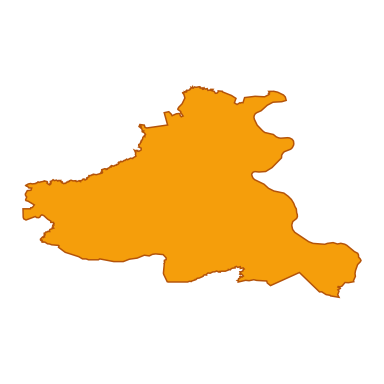 outline of Nīkrāces pag., Skrundas, Latvia
{"feature_id": "27541924B53930703162025", "entity_name": "Nīkrāces pag.", "entity_type": "district", "adm_level": 2, "iso_a3": "LVA", "parent_name": "Latvia", "parent_adm1": "Skrundas", "projection": "equal_earth", "projection_center": [21.891, 56.568], "detail": "fine", "context": "isolated", "style": "filled", "palette": "amber", "viewbox_px": 384, "rotation_deg": 0, "n_neighbors": 0, "source": "geoboundaries", "source_scale": "gbopen_adm2", "svg_char_len": 5920}
<svg xmlns="http://www.w3.org/2000/svg" viewBox="0 0 384 384"><path d="M28.2,184.0L25.7,185.4L26.3,186.1L27.6,186.4L28.8,187.9L31.7,188.1L30.9,190.3L27.3,190.6L25.3,194.1L25.6,195.6L26.7,197.0L25.6,199.9L26.0,200.6L28.1,201.2L34.3,204.9L32.4,207.5L30.7,207.8L30.5,208.8L23.0,208.8L23.2,217.2L23.7,218.8L26.0,220.0L35.3,216.5L36.5,217.5L38.6,217.7L39.7,217.2L40.7,215.6L41.9,214.8L43.9,215.7L47.7,219.2L50.8,221.1L50.8,222.4L54.1,222.4L53.2,222.8L54.0,223.5L53.6,224.2L53.9,224.9L53.0,225.0L52.7,225.5L53.1,226.5L52.3,227.2L53.6,228.1L49.9,229.5L49.4,230.5L49.7,231.5L47.7,231.4L47.0,232.0L45.9,232.0L45.7,232.8L44.2,233.2L44.2,234.3L45.0,234.7L44.6,235.7L44.0,235.9L44.4,236.9L43.4,236.9L43.3,237.4L42.5,237.0L40.4,239.2L40.8,240.0L41.9,240.2L41.7,240.5L42.2,241.0L41.6,241.0L42.1,241.4L42.1,242.1L44.9,242.1L47.5,243.8L49.6,244.0L51.7,244.8L58.4,245.4L59.0,245.9L58.5,247.3L65.2,252.3L78.8,256.7L82.5,258.9L86.1,258.9L88.6,259.8L98.4,259.8L99.7,258.9L113.9,261.6L123.2,261.6L129.4,259.2L137.2,258.1L144.3,255.2L149.3,255.9L152.5,254.3L155.7,253.9L163.1,254.6L166.1,257.8L166.2,259.6L164.4,260.3L164.3,261.4L164.8,262.0L164.0,263.7L164.3,263.9L163.4,273.2L163.7,274.4L167.2,281.7L168.3,282.0L187.7,282.0L189.3,281.3L191.4,281.5L191.8,281.0L195.4,279.8L195.3,279.5L196.2,279.4L197.2,278.3L199.3,278.0L202.5,276.6L203.3,276.1L203.4,275.5L204.6,274.8L206.4,275.0L206.2,274.5L208.0,273.0L210.2,273.2L212.8,271.9L214.9,271.8L216.6,271.0L218.9,272.1L219.6,272.0L219.6,271.6L220.3,271.9L220.3,271.5L221.4,271.2L225.3,271.2L228.7,269.9L228.6,269.5L230.4,269.8L231.0,268.9L232.3,268.2L235.1,267.9L234.9,267.1L236.3,266.4L237.7,267.4L240.2,266.7L240.3,268.5L243.2,267.9L244.2,269.0L243.2,269.6L242.9,270.9L241.1,271.8L239.9,271.8L240.4,273.1L239.7,274.1L240.2,274.4L241.6,274.0L243.4,276.0L242.0,277.1L240.7,276.3L239.9,276.6L240.3,277.7L238.6,278.7L238.4,280.2L237.3,280.5L238.6,281.5L238.4,282.0L245.6,280.3L249.1,280.7L253.8,279.7L256.6,280.4L266.7,281.0L267.3,283.0L270.5,285.6L299.4,272.5L319.5,291.9L321.7,291.8L326.1,294.6L330.1,295.3L330.5,295.9L339.0,297.3L337.7,294.7L339.0,291.1L337.9,289.8L340.3,288.5L339.8,287.8L337.9,287.1L338.2,286.5L340.2,286.8L342.1,286.0L345.0,282.5L348.4,282.7L353.8,281.7L353.5,280.6L355.4,276.3L355.0,273.6L355.5,270.6L357.6,264.6L360.4,261.7L361.0,260.4L360.0,258.6L358.6,257.2L358.5,255.0L357.7,253.3L354.4,251.6L346.8,245.3L344.7,244.2L340.8,243.3L337.5,244.0L333.1,242.6L327.3,243.4L324.9,244.3L313.1,243.4L308.7,241.7L294.7,232.3L292.6,229.4L291.8,225.7L291.9,224.4L292.8,221.5L296.6,218.5L297.4,216.7L297.3,214.6L296.7,212.9L296.3,208.9L294.9,206.5L293.7,203.3L291.4,199.5L288.2,196.3L283.9,193.1L273.9,191.0L268.5,188.3L264.0,184.2L254.7,179.7L253.2,178.3L252.4,176.8L251.7,174.8L251.9,173.6L253.2,172.1L255.0,171.6L259.0,172.0L265.7,171.5L272.0,167.6L281.5,157.9L281.7,155.1L282.7,153.4L284.3,151.7L290.7,149.2L292.3,147.7L293.6,145.1L293.8,143.8L293.5,141.1L292.2,139.3L289.7,138.0L287.6,137.7L280.7,138.2L278.8,137.9L276.3,136.9L273.4,134.5L264.8,132.5L262.8,131.0L257.2,125.2L254.4,119.4L253.9,117.2L254.3,115.4L255.2,113.8L256.7,112.7L261.2,110.7L267.3,105.2L273.0,102.2L281.8,101.7L286.2,100.4L285.3,97.0L283.5,95.0L277.7,92.2L273.8,91.3L268.8,91.4L269.5,92.3L268.5,93.3L269.4,94.0L268.9,94.6L264.6,96.8L255.1,96.3L244.6,97.6L243.0,102.7L241.3,102.6L240.4,103.1L239.8,102.8L237.0,104.5L234.4,102.8L236.0,98.4L231.5,95.5L222.5,91.9L222.4,91.3L218.2,90.9L218.3,91.7L216.9,93.2L215.4,93.3L214.1,91.4L211.2,90.5L211.5,89.9L212.7,89.8L213.0,89.4L210.7,89.3L209.7,90.2L207.9,90.4L207.2,88.6L205.5,89.1L204.4,88.5L204.0,87.7L203.4,88.2L203.4,89.2L202.9,89.4L202.4,89.1L202.2,87.9L200.2,88.1L199.9,87.7L200.2,87.0L199.4,86.7L196.1,87.3L194.2,86.9L193.4,88.1L192.3,88.0L192.3,87.2L191.9,87.8L191.0,87.4L191.2,88.1L190.1,88.9L190.3,89.3L189.6,89.9L188.0,90.4L186.7,90.2L185.9,91.1L187.2,91.9L185.7,91.7L185.3,91.0L185.5,91.9L184.5,91.7L184.8,92.3L184.4,92.6L182.7,92.6L182.6,92.8L183.9,94.5L184.9,98.0L182.1,103.8L178.7,107.3L177.9,108.8L177.9,109.5L180.7,111.5L180.7,112.4L183.1,116.0L181.3,116.8L180.3,115.8L179.7,113.6L179.0,113.5L176.3,113.8L172.1,115.7L171.3,114.2L168.8,111.7L164.2,112.7L167.6,125.0L146.7,128.0L145.0,127.3L144.3,125.1L139.9,124.5L139.2,126.2L140.8,125.9L141.2,127.0L139.8,127.1L141.9,129.0L142.2,130.5L143.6,131.0L142.4,131.8L144.3,132.8L145.5,134.3L144.9,134.9L145.0,135.5L144.5,135.6L144.7,136.6L143.9,136.3L142.9,137.3L142.4,139.7L141.3,140.4L141.5,141.1L140.9,141.7L141.0,142.2L140.6,142.3L140.2,143.8L138.8,144.5L138.7,145.4L139.4,146.7L138.8,147.1L141.2,148.2L141.2,149.9L138.9,151.4L137.3,151.2L137.6,150.5L136.1,150.4L135.6,150.9L134.5,150.3L135.5,152.3L136.1,152.0L135.5,152.5L135.8,152.9L135.4,154.2L135.9,156.2L133.0,157.9L132.7,158.5L130.5,158.2L127.7,159.7L126.6,159.1L125.0,160.5L124.3,160.3L122.6,161.6L121.2,161.7L120.9,161.3L120.2,162.0L118.8,162.1L118.3,162.7L118.9,163.3L118.0,164.3L116.6,164.5L116.5,165.2L115.2,165.2L113.8,166.1L112.4,165.8L111.7,166.3L111.4,165.7L110.6,166.3L110.9,166.9L110.0,166.9L109.7,167.5L107.2,168.7L107.5,169.0L107.3,169.3L106.2,169.5L106.2,169.0L104.8,168.7L101.7,169.7L101.6,170.2L102.3,171.1L101.1,172.1L102.4,172.6L102.1,173.1L96.3,174.7L93.2,174.2L93.0,174.8L91.3,175.0L91.0,175.6L88.9,175.6L89.0,176.8L86.8,177.8L86.6,178.2L87.3,178.4L87.1,178.9L85.2,180.0L84.3,179.7L84.1,179.0L83.0,179.1L81.5,180.7L79.7,180.7L80.0,181.4L78.7,180.9L76.8,181.6L76.0,181.4L75.9,180.7L73.0,180.9L71.0,180.2L69.5,180.8L69.4,181.4L68.1,181.4L67.9,182.1L66.5,182.2L65.7,183.4L64.8,183.2L63.9,183.7L61.9,182.7L62.4,182.1L62.1,181.7L61.4,181.9L60.5,181.4L60.8,180.5L58.4,180.5L57.9,181.1L56.5,180.1L54.3,180.6L53.1,179.7L51.7,181.0L50.4,181.4L50.8,182.1L50.3,182.9L51.0,182.7L50.9,183.8L49.7,184.9L48.2,184.2L47.4,182.9L47.1,182.9L47.5,182.2L47.1,181.6L44.4,180.9L44.4,181.2L40.2,182.0L39.8,182.4L38.0,181.9L37.8,182.5L36.1,183.0L35.9,183.5L32.3,183.9L30.5,183.5L28.2,184.0Z" fill="#f59e0b" stroke="#b45309" stroke-width="1.5"/></svg>